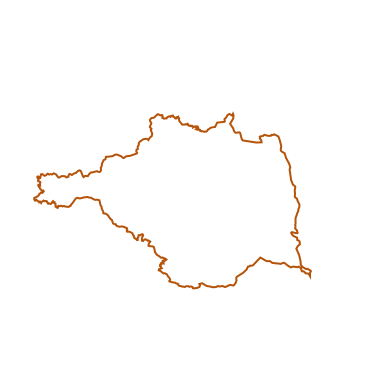 the district of Di Linh, Lâm Đồng, Vietnam, rotated 298°
{"feature_id": "81297802B8144414429904", "entity_name": "Di Linh", "entity_type": "district", "adm_level": 2, "iso_a3": "VNM", "parent_name": "Vietnam", "parent_adm1": "Lâm Đồng", "projection": "robinson", "projection_center": [108.032, 11.519], "detail": "fine", "context": "isolated", "style": "outline", "palette": "amber", "viewbox_px": 384, "rotation_deg": 298, "n_neighbors": 0, "source": "geoboundaries", "source_scale": "gbopen_adm2", "svg_char_len": 6046}
<svg xmlns="http://www.w3.org/2000/svg" viewBox="0 0 384 384"><g transform="rotate(298 192 192)"><path d="M280.3,191.5L278.3,191.7L278.5,188.5L276.6,187.2L274.3,187.3L271.5,186.5L269.8,187.8L269.2,187.7L265.1,181.7L260.2,181.8L258.3,179.1L256.8,177.9L255.7,177.6L254.5,176.7L253.7,176.8L252.1,176.3L251.6,175.3L251.0,174.9L250.5,172.3L250.1,172.0L250.2,171.1L249.8,170.7L250.6,170.0L250.0,168.7L250.2,167.5L249.5,167.4L249.4,166.2L249.9,166.5L250.5,166.1L250.5,166.9L251.4,167.6L252.0,166.8L251.7,166.0L252.3,166.4L252.5,166.2L251.5,164.0L249.7,162.8L250.4,162.6L249.9,161.0L250.3,161.3L250.5,161.1L249.1,157.5L250.0,156.7L250.2,156.0L249.0,155.5L248.8,154.4L248.0,153.8L246.9,151.7L248.8,147.4L249.8,146.5L251.0,146.1L251.3,145.5L250.8,144.4L251.7,144.2L250.6,143.2L249.5,143.5L249.1,142.8L249.7,141.3L249.7,139.8L250.5,139.4L250.2,138.7L249.3,137.8L248.2,137.8L248.2,136.5L247.9,136.1L246.3,135.0L245.0,135.0L244.3,133.4L243.6,132.9L243.6,130.9L245.1,130.6L245.9,129.6L245.7,129.0L245.0,128.6L244.7,126.8L244.9,125.8L244.3,125.0L239.7,123.5L238.2,121.4L236.0,121.0L235.1,121.5L233.7,123.8L229.6,124.2L228.7,126.6L227.4,126.5L224.8,129.5L222.5,130.2L220.3,129.3L217.4,129.1L217.8,128.1L217.6,126.7L216.5,125.2L215.5,124.1L211.5,122.1L210.1,122.1L208.7,122.9L206.7,122.7L204.4,124.0L203.5,123.2L202.8,123.3L201.4,123.9L200.7,125.2L200.1,125.2L194.9,120.4L192.5,117.0L190.2,116.0L189.7,115.4L190.3,112.8L189.8,107.9L188.3,106.1L187.0,105.5L186.0,104.6L182.6,99.5L180.3,100.2L178.7,99.0L174.8,99.2L172.6,100.1L170.4,100.1L169.2,101.1L168.2,101.5L166.9,101.4L166.0,100.6L165.6,98.1L162.4,94.7L162.0,93.7L159.8,92.8L157.1,92.6L156.2,90.3L155.4,89.6L154.3,89.4L154.5,88.5L158.4,83.9L158.4,82.6L156.8,81.3L154.6,80.7L152.8,79.0L150.9,78.2L150.5,77.4L150.8,76.2L150.2,75.3L148.6,75.2L147.4,75.7L145.9,74.3L146.3,72.6L145.1,69.7L142.5,68.0L142.1,67.0L143.7,63.8L143.6,61.2L141.7,60.1L141.4,58.7L140.3,57.6L140.5,56.1L139.4,55.5L138.5,55.4L137.1,54.2L137.1,53.2L137.6,51.6L136.7,50.4L133.4,51.3L133.5,48.9L133.1,48.3L132.6,48.3L131.9,48.9L131.5,50.6L129.9,50.6L129.3,51.1L129.7,52.7L129.3,53.6L127.8,53.9L126.5,54.8L126.2,53.0L125.7,53.1L124.7,54.3L124.4,55.4L123.5,56.4L122.8,59.1L123.5,60.1L123.0,60.8L121.1,60.4L120.6,58.8L119.5,58.8L118.8,58.1L117.7,58.3L115.6,57.7L112.7,55.5L111.3,56.3L110.7,57.5L112.0,58.1L111.6,58.7L111.9,59.6L111.5,60.4L111.8,61.5L111.2,62.0L112.1,62.6L111.4,63.9L112.9,63.9L114.0,64.8L114.7,64.9L114.6,66.0L115.1,66.5L115.7,68.1L114.9,68.8L114.9,69.7L114.2,70.1L114.1,70.6L115.0,71.6L115.0,72.6L115.6,73.2L116.7,73.3L117.3,73.8L117.8,73.3L118.7,73.6L118.3,74.4L118.5,75.2L117.6,75.3L117.6,77.0L116.3,77.6L115.7,78.3L115.0,78.4L114.8,80.6L115.2,81.0L116.4,80.3L117.2,80.7L117.3,81.7L118.4,82.9L118.4,84.4L119.6,85.4L119.6,86.7L120.7,89.6L121.5,90.5L122.2,90.6L122.8,91.3L123.9,91.1L125.5,91.6L131.7,92.4L133.2,93.7L133.6,96.0L136.3,98.9L138.6,102.2L138.8,103.9L139.5,105.5L139.4,108.2L139.6,110.2L140.7,111.8L141.2,114.2L137.5,117.3L136.4,119.2L135.0,120.0L133.0,122.8L131.6,123.7L132.4,126.4L131.9,129.0L130.8,130.6L130.3,132.3L129.8,132.7L129.7,134.5L127.2,137.0L127.2,138.4L127.7,140.0L126.9,140.7L126.8,142.2L127.3,144.3L128.6,146.1L129.2,148.0L129.5,151.4L128.9,151.5L128.6,152.4L126.9,152.7L126.5,153.5L127.2,154.5L127.6,155.9L127.6,158.7L126.3,160.3L126.1,161.2L125.2,161.6L125.0,162.3L124.3,162.7L124.2,164.9L123.7,166.0L124.2,166.6L124.6,166.4L125.0,165.7L126.1,165.5L126.7,165.9L128.8,165.1L129.7,166.8L130.6,167.1L131.4,167.9L131.4,168.5L130.7,169.2L127.8,169.4L125.8,170.5L125.4,171.0L125.7,171.7L127.7,172.3L128.5,173.4L128.2,175.8L128.7,176.0L128.6,178.4L126.2,178.1L124.1,178.8L124.1,179.6L125.4,182.5L125.6,184.0L123.1,186.4L121.5,187.4L121.3,188.2L120.1,190.2L119.9,193.4L119.4,195.4L120.3,196.6L120.1,197.5L120.6,199.0L120.4,201.1L119.9,200.9L119.7,199.5L119.0,200.5L118.5,200.3L118.1,199.1L117.3,198.4L116.7,198.8L116.3,200.1L115.7,200.4L115.9,198.9L114.5,198.0L113.9,198.9L112.8,198.0L112.3,198.2L112.0,199.1L111.4,198.8L110.5,201.1L108.2,199.1L107.2,199.4L107.5,201.0L106.7,205.0L107.5,206.1L107.5,208.5L106.0,210.8L105.7,212.0L104.7,213.6L103.8,214.0L102.8,213.7L102.4,214.0L103.3,217.9L103.9,219.1L103.9,221.6L104.3,222.2L104.2,223.2L103.3,223.8L103.1,224.9L103.7,226.3L103.9,228.0L104.5,228.9L104.7,230.2L106.0,231.0L107.0,232.7L107.1,234.3L108.0,235.1L108.4,237.1L107.5,237.8L107.7,239.0L108.7,240.0L109.3,241.2L111.6,243.1L113.2,243.0L114.2,241.7L116.2,243.8L115.9,249.2L117.0,252.1L117.5,254.7L119.3,257.8L121.2,259.1L121.3,260.3L123.3,263.1L123.6,265.9L127.9,269.2L128.6,271.8L129.2,272.8L132.4,273.2L134.8,272.8L136.8,271.4L138.2,271.4L144.5,275.0L149.1,276.6L152.3,276.4L153.2,277.6L154.2,277.8L155.1,279.5L156.0,280.3L166.2,283.1L166.0,289.7L166.2,291.0L167.6,293.2L167.1,296.1L168.6,300.1L169.3,301.5L170.1,304.0L172.3,305.8L172.8,306.8L172.0,311.3L171.8,314.6L173.6,316.3L175.1,320.3L176.2,321.3L175.9,322.3L176.3,323.9L175.4,324.4L173.6,326.2L174.3,327.5L174.1,329.4L173.5,330.4L174.5,332.7L174.4,333.6L173.1,335.7L175.8,334.2L177.8,334.2L178.2,333.8L178.4,330.2L177.5,328.6L177.7,325.1L178.6,322.4L182.0,320.2L186.6,316.2L191.0,310.7L193.9,310.8L196.6,311.8L199.0,310.0L199.2,309.3L199.0,307.5L201.0,306.2L200.8,302.2L201.4,300.4L202.6,298.7L203.2,298.8L203.6,299.4L204.4,302.9L205.1,304.3L205.5,304.4L207.4,302.6L208.2,300.2L210.3,299.5L211.0,298.8L213.0,298.1L217.3,295.8L223.3,294.8L225.1,294.8L226.1,294.2L229.1,293.8L231.3,292.8L234.0,289.1L235.3,288.0L235.9,285.1L239.1,283.6L241.7,281.9L244.9,280.9L245.4,280.2L245.9,277.6L249.1,273.9L257.7,267.6L259.9,267.2L260.4,266.8L262.8,264.2L266.2,259.1L269.7,255.6L269.8,252.4L270.2,251.1L271.4,250.3L274.4,249.3L279.0,245.1L281.6,242.2L281.5,237.5L280.2,236.6L279.8,235.4L278.6,235.2L277.5,233.2L276.8,230.9L276.6,229.3L276.3,228.9L274.9,228.4L272.9,226.0L272.5,225.9L271.7,226.7L271.0,226.8L270.5,228.3L269.8,229.2L268.5,230.1L265.8,225.4L261.4,212.7L261.8,211.4L266.8,206.7L266.9,205.7L264.8,202.8L264.8,201.9L265.8,200.1L267.4,198.7L270.1,193.6L276.3,193.9L279.5,192.5L280.3,191.5Z" fill="none" stroke="#b45309" stroke-width="2"/></g></svg>